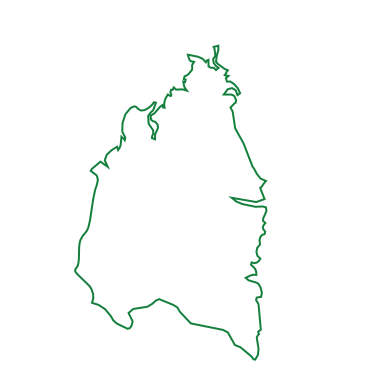 outline of Istarska, rotated 194°
{"feature_id": "HRV-1592", "entity_name": "Istarska", "entity_type": "County", "adm_level": 1, "iso_a3": "HRV", "parent_name": "Croatia", "parent_adm1": "", "projection": "mercator", "projection_center": [13.894, 45.143], "detail": "fine", "context": "isolated", "style": "outline", "palette": "green", "viewbox_px": 384, "rotation_deg": 194, "n_neighbors": 0, "source": "natural_earth", "source_scale": "10m", "svg_char_len": 3217}
<svg xmlns="http://www.w3.org/2000/svg" viewBox="0 0 384 384"><g transform="rotate(194 192 192)"><path d="M128.5,65.7L133.3,65.5L161.3,64.2L174.6,72.7L178.4,76.5L182.8,77.9L197.9,80.1L200.9,77.8L203.4,74.0L207.5,69.9L220.7,64.3L224.3,59.3L218.3,52.1L218.3,47.8L219.3,45.0L221.3,43.7L225.7,44.6L233.2,46.2L237.2,48.3L240.9,52.1L248.0,57.3L255.4,59.9L262.1,60.2L262.3,60.3L262.0,63.8L262.3,65.9L263.3,69.1L265.8,73.1L268.4,75.8L283.5,84.6L286.0,86.6L286.6,88.0L285.9,90.4L285.1,92.3L285.0,95.3L285.5,99.4L288.2,111.4L288.7,115.6L288.6,118.6L287.5,122.8L284.9,128.2L284.3,130.4L284.0,132.9L284.1,139.7L286.2,162.0L286.5,171.4L286.1,175.1L286.1,178.6L286.4,181.2L287.6,183.7L288.8,185.2L295.2,187.9L295.4,188.0L295.2,188.6L294.8,190.1L288.2,199.3L279.8,196.0L284.3,201.6L283.7,207.6L280.1,213.2L275.6,217.8L273.8,214.9L272.7,218.2L272.7,221.0L273.8,228.5L272.7,227.8L270.8,226.9L269.8,226.0L269.8,228.5L274.2,233.6L276.1,242.2L275.4,251.4L271.9,258.7L268.7,261.2L266.4,260.9L264.3,259.5L261.2,258.7L257.8,260.0L254.5,263.1L251.9,266.8L250.6,269.9L248.6,269.9L249.4,262.1L251.7,258.5L252.9,255.2L250.6,247.8L244.6,242.4L243.7,239.3L244.2,236.5L243.9,234.6L240.6,234.2L241.7,238.9L240.5,246.0L241.7,249.2L244.6,251.1L247.3,251.4L249.4,252.4L250.6,256.2L247.5,259.2L243.5,267.1L241.8,269.1L240.6,267.1L239.0,267.1L240.1,269.9L240.6,273.2L240.2,276.9L239.0,280.7L236.7,280.0L235.6,280.2L235.6,281.4L237.1,283.4L237.1,286.1L235.6,286.3L235.3,286.7L235.3,287.6L235.0,289.1L232.2,287.5L226.0,289.3L221.5,289.1L223.8,291.0L225.2,292.7L227.2,297.0L225.3,297.0L225.3,299.5L227.2,299.5L227.2,302.5L225.2,303.9L223.9,305.6L221.5,310.6L222.1,313.6L222.5,314.5L222.5,315.5L221.5,318.8L224.5,318.6L226.2,319.4L227.5,321.2L229.2,324.2L219.0,324.7L214.1,323.9L209.9,321.2L209.4,322.9L209.3,323.3L208.0,324.2L206.3,317.8L203.7,317.1L200.9,317.8L198.2,316.1L196.3,318.8L199.3,320.1L202.2,322.5L203.6,325.8L202.3,329.9L204.8,336.4L206.1,338.0L201.9,340.3L200.8,336.5L200.9,330.1L200.2,324.2L198.1,322.6L189.7,319.2L186.7,318.8L187.3,317.4L188.0,314.6L188.6,313.4L187.7,313.2L185.6,313.4L184.7,313.4L186.7,310.6L184.7,307.6L181.7,308.4L177.2,306.9L172.6,303.7L169.2,299.5L171.3,297.0L174.2,301.3L178.3,302.5L182.3,300.2L184.7,294.3L177.1,296.1L174.2,295.4L171.3,291.6L171.3,289.1L172.4,288.0L173.8,285.4L175.1,283.4L171.9,279.7L165.5,264.2L153.8,251.7L139.3,231.2L137.1,229.3L133.5,225.3L128.7,221.6L122.9,220.6L124.2,218.0L125.7,214.0L126.8,212.4L119.9,202.7L127.2,197.8L152.0,196.0L146.5,193.4L140.0,192.5L126.8,193.0L119.8,195.1L116.5,194.9L115.2,191.6L115.8,187.4L116.5,184.0L116.2,181.3L113.3,179.6L114.6,176.9L114.8,174.9L113.7,173.1L111.4,171.2L111.4,168.7L113.7,167.2L114.8,164.7L114.8,161.5L113.3,157.5L115.2,153.6L115.0,149.5L113.1,145.9L109.5,143.8L110.4,141.4L111.9,139.3L114.1,138.1L117.1,138.1L117.1,135.6L114.3,134.2L112.0,132.5L110.4,130.1L109.5,127.1L112.3,126.6L114.8,125.3L119.1,121.7L115.8,120.0L108.2,119.7L105.6,119.2L102.4,116.0L99.8,111.2L99.6,107.0L103.7,105.2L103.7,102.7L100.3,99.2L91.9,75.0L92.5,74.3L93.4,73.4L94.0,72.3L92.7,70.5L92.6,70.2L93.2,69.6L94.0,66.6L89.5,55.9L88.6,49.9L90.2,44.6L91.9,44.6L94.7,46.9L107.5,53.1L113.4,53.9L123.2,64.4L128.5,65.7Z" fill="none" stroke="#15803d" stroke-width="2"/></g></svg>